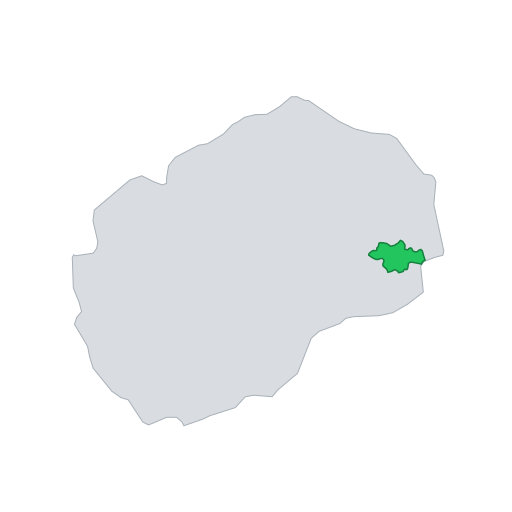 Strumitsa highlighted on a map of North Macedonia, rotated 344°
{"feature_id": "MKD-2993", "entity_name": "Strumitsa", "entity_type": "Statistical Region", "adm_level": 1, "iso_a3": "MKD", "parent_name": "North Macedonia", "parent_adm1": "", "projection": "natural_earth1", "projection_center": [22.63, 41.401], "detail": "fine", "context": "in_parent", "style": "filled", "palette": "green", "viewbox_px": 512, "rotation_deg": 344, "n_neighbors": 0, "source": "natural_earth", "source_scale": "10m", "svg_char_len": 2655}
<svg xmlns="http://www.w3.org/2000/svg" viewBox="0 0 512 512"><g transform="rotate(344 256 256)"><path d="M231.7,133.7L240.1,134.7L258.3,129.8L269.7,123.1L275.5,122.1L283.2,119.5L294.2,119.9L305.5,122.8L319.7,119.0L333.8,112.7L339.4,114.2L345.4,119.6L349.4,121.1L372.7,149.3L385.4,160.7L400.4,169.4L417.6,175.8L423.7,181.9L434.7,212.0L439.9,223.4L447.2,226.8L448.9,230.1L449.3,234.4L441.1,255.6L437.9,303.0L435.8,306.8L427.2,306.6L415.8,307.6L411.4,311.3L406.9,336.8L388.5,344.1L371.9,348.2L357.8,347.3L333.1,341.2L325.1,340.6L318.1,344.0L296.1,345.8L286.4,350.3L263.6,380.2L240.5,390.5L232.7,395.7L215.1,389.1L206.7,388.4L194.4,396.0L167.7,396.8L160.5,398.1L139.9,399.3L139.1,395.2L135.3,389.2L125.7,386.4L106.1,388.8L101.4,384.4L93.5,359.0L87.2,355.0L80.2,346.4L68.5,318.9L68.3,306.8L69.2,296.3L62.7,271.6L66.9,265.4L73.0,261.4L73.2,251.5L71.6,236.4L79.0,206.8L81.0,204.6L82.9,206.1L100.4,208.4L105.0,204.7L107.9,198.8L109.0,177.2L113.3,167.2L155.8,148.1L168.3,147.4L177.9,156.2L185.4,161.8L190.0,161.6L191.7,156.0L196.9,145.1L205.6,138.9L231.4,133.6L231.7,133.7Z" fill="#d9dde1" stroke="#a8b0b8" stroke-width="1"/><path d="M417.8,306.6L415.4,307.0L412.5,309.4L412.1,309.0L409.7,307.7L406.7,306.2L404.2,304.9L402.4,304.5L401.4,304.8L400.3,305.4L399.6,307.1L398.7,309.1L397.7,310.3L397.3,310.6L396.5,310.6L396.0,309.9L395.0,309.8L394.2,310.3L393.6,311.2L392.6,311.5L391.2,311.5L389.5,311.5L388.3,311.2L388.3,309.9L386.7,308.4L385.6,307.5L384.6,307.4L383.9,307.7L382.9,308.0L381.3,308.1L379.4,308.1L378.3,308.0L378.3,307.1L378.1,305.2L377.5,303.9L376.2,302.0L375.4,300.5L375.4,299.7L376.0,298.3L377.1,296.9L377.7,295.6L377.7,294.7L377.0,293.6L376.2,293.0L374.7,292.8L373.6,292.9L371.8,292.9L369.9,292.1L368.5,290.8L366.9,289.2L365.6,287.5L364.6,286.4L364.7,285.9L364.7,285.6L365.7,284.6L367.9,283.6L369.6,283.1L370.7,283.1L371.5,283.6L373.3,283.9L374.0,283.3L374.2,282.0L374.4,282.2L375.0,281.6L376.0,280.5L376.9,279.4L377.3,278.3L377.8,277.6L379.3,277.4L381.0,278.3L382.0,278.3L383.3,279.2L385.1,280.0L385.7,280.8L387.2,282.5L388.2,283.8L389.7,283.8L392.5,283.9L393.9,283.3L394.9,283.0L396.4,282.7L398.3,281.3L399.2,280.8L399.9,281.4L401.1,282.6L401.4,283.7L401.9,285.2L402.2,286.3L402.1,287.3L401.5,288.7L401.0,289.7L401.0,290.8L401.6,290.9L402.4,291.2L403.1,291.8L403.9,291.8L404.3,291.6L404.8,291.0L406.1,290.9L407.0,290.8L407.6,291.6L407.9,292.5L408.1,294.0L408.5,294.6L409.5,295.5L410.7,296.1L412.0,296.3L412.7,296.1L413.6,295.6L414.3,295.3L415.5,295.2L416.2,295.2L416.2,295.5L416.6,296.0L417.2,296.5L417.3,298.4L417.2,301.3L417.3,304.9L417.3,305.9L417.6,306.3L417.7,306.6L417.8,306.6Z" fill="#22c55e" stroke="#15803d" stroke-width="1.5"/></g></svg>